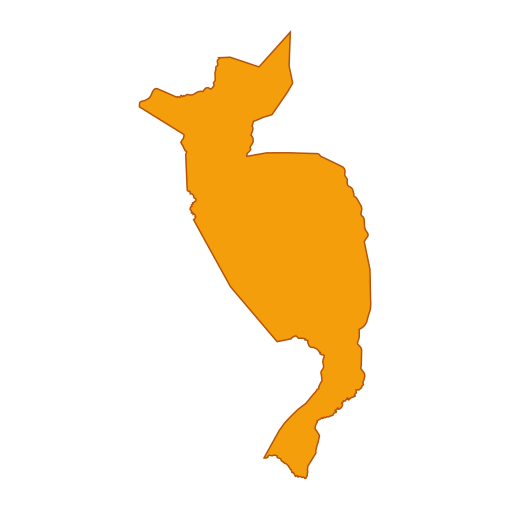 San Marcos, Ocotepeque, Honduras (orthographic projection), rotated 269°
{"feature_id": "27666195B1401458590490", "entity_name": "San Marcos", "entity_type": "district", "adm_level": 2, "iso_a3": "HND", "parent_name": "Honduras", "parent_adm1": "Ocotepeque", "projection": "orthographic", "projection_center": [-88.963, 14.406], "detail": "fine", "context": "isolated", "style": "filled", "palette": "amber", "viewbox_px": 512, "rotation_deg": 269, "n_neighbors": 0, "source": "geoboundaries", "source_scale": "gbopen_adm2", "svg_char_len": 6030}
<svg xmlns="http://www.w3.org/2000/svg" viewBox="0 0 512 512"><g transform="rotate(269 256 256)"><path d="M479.3,294.2L445.0,262.3L455.2,233.6L454.9,222.3L454.5,222.6L454.0,222.6L452.5,221.0L451.7,220.7L448.7,221.0L447.3,221.0L446.7,220.5L446.1,219.4L445.6,219.2L443.1,219.1L440.4,218.3L439.3,218.2L432.6,218.3L431.7,218.0L430.6,216.9L429.7,216.5L428.9,216.6L427.9,217.0L427.2,217.0L426.5,216.7L424.0,214.3L423.8,213.9L423.8,213.3L425.0,211.4L425.1,210.5L425.0,209.6L424.8,208.8L424.3,208.2L422.4,206.5L421.8,206.3L421.5,205.8L421.7,203.5L421.3,201.4L420.5,199.3L418.7,196.5L418.2,194.8L418.1,192.7L418.5,190.9L418.8,190.0L417.2,187.5L417.2,187.1L417.5,186.7L417.5,186.4L416.9,185.8L416.6,185.3L416.8,184.9L417.6,184.5L417.8,184.2L417.8,183.8L417.4,183.4L416.0,182.7L415.9,182.5L416.2,181.7L416.7,180.7L416.5,180.0L416.1,179.7L424.8,160.7L425.2,158.8L424.6,157.4L423.2,156.2L421.6,155.2L418.1,153.7L416.6,152.6L415.5,151.5L414.0,148.8L413.2,147.2L412.7,144.3L411.8,142.7L410.9,142.3L409.1,142.1L407.1,142.1L378.9,185.8L377.5,186.2L376.9,186.0L376.2,185.7L375.2,185.6L374.2,185.1L373.6,184.4L373.1,184.0L371.3,183.3L371.1,182.9L370.9,182.8L370.5,183.0L369.9,183.4L369.0,183.7L367.2,185.0L365.1,185.7L364.1,186.5L363.0,186.7L362.3,187.3L361.7,188.3L361.1,188.5L360.6,188.4L359.5,187.7L358.2,187.5L323.0,188.4L321.7,189.7L321.6,190.1L321.8,190.8L321.6,191.1L319.2,191.4L319.4,192.3L318.8,193.7L317.1,194.8L316.2,194.8L315.2,195.1L314.3,196.6L314.0,196.9L313.6,196.9L312.6,196.9L311.8,196.5L311.5,195.5L310.6,195.0L310.5,194.1L310.2,193.5L309.5,193.7L308.9,193.7L308.4,192.4L308.0,192.4L307.3,192.7L306.7,192.8L306.4,192.3L306.3,191.7L306.0,191.4L304.6,191.0L303.5,191.0L303.3,191.2L302.9,191.9L302.2,192.2L300.2,192.2L300.2,192.9L300.5,193.5L300.3,193.6L298.6,193.8L298.8,194.3L298.8,195.1L298.6,195.4L298.3,195.7L297.5,195.9L296.7,195.8L296.5,196.3L295.8,196.4L293.8,194.9L293.4,194.2L225.8,229.9L170.0,275.6L172.5,289.5L173.6,290.4L174.5,291.8L175.3,293.5L175.3,294.7L174.7,295.5L172.9,297.1L173.1,298.7L172.9,301.0L172.6,302.9L172.3,303.5L172.0,303.9L171.8,303.9L171.6,303.4L171.3,303.5L170.7,306.2L170.5,306.4L169.4,306.2L167.4,306.6L165.7,307.3L164.7,308.0L164.2,308.7L163.8,309.6L163.6,310.8L163.5,312.3L161.8,315.4L160.4,316.8L159.0,317.6L158.7,317.9L158.6,318.5L158.3,318.8L157.9,318.8L157.6,318.2L157.2,318.2L156.0,320.2L156.1,321.1L155.9,321.7L155.5,322.2L154.9,322.6L154.7,322.6L151.9,321.5L149.0,320.9L144.8,321.7L144.0,321.7L141.9,320.9L140.0,319.4L138.4,318.9L137.3,319.0L135.2,319.4L130.2,319.8L128.7,318.8L124.3,316.5L123.7,316.4L122.7,316.4L122.2,316.2L121.9,315.8L121.7,315.0L121.4,314.6L119.8,313.8L115.7,310.0L107.8,303.4L101.9,295.3L93.9,286.9L88.3,281.5L81.0,276.1L54.0,260.5L53.8,261.6L53.9,262.7L54.3,263.9L56.5,265.4L56.5,266.2L56.1,268.0L55.9,268.5L56.6,270.4L56.6,270.6L56.3,272.2L55.9,273.4L55.4,273.8L54.6,273.6L54.1,273.9L53.7,274.7L53.2,276.4L52.8,277.2L52.4,277.4L51.5,277.4L50.7,278.0L50.3,278.5L50.1,279.3L49.3,279.6L49.1,280.3L48.3,280.8L48.1,281.2L48.1,282.0L47.9,282.4L46.0,284.4L45.5,284.8L44.8,284.9L44.0,285.7L42.1,286.6L41.9,286.9L41.7,287.4L41.5,287.7L40.0,287.8L39.0,288.2L38.7,288.6L39.0,289.2L38.8,289.5L37.2,290.5L35.1,291.5L35.0,292.0L35.7,292.5L35.8,293.1L35.5,293.6L34.6,293.8L34.3,294.2L34.3,294.7L34.8,295.4L34.9,295.8L34.6,297.0L33.7,298.2L34.1,299.2L34.1,299.7L33.8,300.3L32.9,300.9L32.7,301.5L33.0,302.1L33.8,302.3L34.3,302.8L35.1,303.2L39.4,303.9L40.3,303.9L41.4,303.6L43.1,304.0L44.7,304.0L57.8,312.4L59.8,312.4L62.5,312.9L65.6,313.7L68.6,314.8L74.9,316.3L75.6,316.2L80.1,313.6L81.7,312.4L82.5,312.0L84.0,312.2L85.7,312.7L86.9,313.2L88.7,314.3L89.2,314.4L89.8,314.2L90.2,314.3L90.8,315.3L92.0,317.8L93.0,319.0L92.9,319.3L92.5,319.7L92.5,320.0L92.7,320.3L93.3,320.6L93.5,321.0L93.5,321.4L93.1,322.1L93.1,322.6L93.3,323.1L94.0,323.9L94.1,324.4L93.8,325.2L93.9,325.6L95.5,330.0L95.9,330.4L96.9,330.8L97.6,331.4L98.0,332.1L98.2,333.1L98.6,333.6L98.9,333.7L99.3,333.6L99.5,333.3L99.7,332.6L100.0,332.4L100.3,332.4L100.7,332.8L101.0,333.7L101.2,334.1L102.6,334.8L102.7,335.1L102.6,335.4L102.3,335.5L101.8,335.4L101.4,335.6L101.4,336.4L102.0,337.6L103.5,339.0L104.9,339.8L106.0,340.0L106.6,339.9L107.1,339.2L107.5,339.1L107.8,339.4L108.0,340.0L108.3,340.3L109.6,340.9L109.8,341.3L109.4,342.2L109.5,342.7L109.8,343.0L110.6,343.4L111.1,344.4L111.3,344.4L111.9,344.3L112.3,344.7L112.3,345.3L112.1,345.8L111.6,346.0L110.8,345.8L110.6,346.0L110.5,346.3L110.8,346.6L111.5,346.5L111.8,346.8L111.8,347.7L112.8,348.8L113.4,351.0L114.0,352.6L114.5,352.7L114.9,352.1L115.5,352.1L116.7,352.9L117.3,353.8L117.5,354.0L119.0,353.7L120.4,353.6L120.5,355.1L120.2,356.4L120.3,356.7L122.6,359.3L122.9,359.5L123.6,359.4L124.1,359.6L124.5,360.0L124.9,360.7L125.4,361.1L126.1,361.1L127.2,360.7L128.0,360.7L130.4,361.8L134.0,362.7L136.3,362.5L138.9,360.9L139.5,360.2L140.3,359.8L140.9,359.2L142.1,358.7L144.5,359.3L160.3,360.0L161.8,359.6L163.2,358.8L166.3,356.1L167.9,356.0L171.5,357.4L173.6,357.9L180.8,357.9L182.4,360.8L184.7,363.4L187.6,365.3L194.4,367.3L200.9,369.5L206.4,369.9L211.4,369.8L240.6,369.7L268.3,364.5L270.8,365.9L273.7,368.0L274.7,368.4L275.7,368.4L277.0,368.0L280.0,366.0L281.8,365.3L283.1,365.1L290.4,364.8L291.7,364.5L293.1,363.8L294.7,362.2L295.6,361.7L296.9,361.7L300.7,362.6L302.9,362.4L304.5,361.8L312.0,357.7L312.8,357.0L313.7,355.5L314.3,355.0L314.9,354.8L316.1,354.9L317.2,354.7L320.4,353.9L321.6,353.4L322.3,352.8L322.9,352.2L324.3,349.7L324.9,349.1L325.7,348.7L327.2,348.4L330.5,348.6L331.2,348.5L332.1,348.1L333.8,346.9L335.1,346.2L336.3,346.1L338.4,346.5L340.1,346.4L341.6,345.9L343.0,344.9L343.9,343.6L353.7,324.2L354.0,323.2L354.6,322.4L355.8,321.5L356.6,320.8L357.1,320.0L357.3,319.1L358.0,303.3L358.6,291.7L358.8,280.9L358.9,268.0L355.8,248.7L356.9,248.6L358.8,249.0L360.7,251.2L362.7,252.6L364.1,252.0L365.6,252.3L367.3,253.6L370.1,255.1L373.5,255.1L376.4,253.7L376.9,253.0L381.1,254.7L383.8,255.2L386.2,254.4L390.6,255.8L393.3,262.8L394.5,265.4L397.0,274.4L419.7,290.6L428.3,295.7L445.5,292.4L479.3,294.2Z" fill="#f59e0b" stroke="#b45309" stroke-width="1.5"/></g></svg>